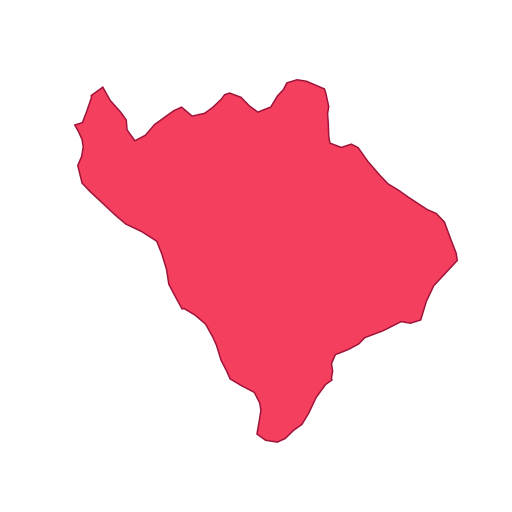 Sepho, Kangwŏn-do, North Korea, rotated 189°
{"feature_id": "82179303B30150640587931", "entity_name": "Sepho", "entity_type": "district", "adm_level": 2, "iso_a3": "PRK", "parent_name": "North Korea", "parent_adm1": "Kangwŏn-do", "projection": "robinson", "projection_center": [127.346, 38.698], "detail": "fine", "context": "isolated", "style": "filled", "palette": "rose", "viewbox_px": 512, "rotation_deg": 189, "n_neighbors": 0, "source": "geoboundaries", "source_scale": "gbopen_adm2", "svg_char_len": 1449}
<svg xmlns="http://www.w3.org/2000/svg" viewBox="0 0 512 512"><g transform="rotate(189 256 256)"><path d="M455.5,357.0L450.7,351.0L446.0,343.8L443.7,336.6L443.8,327.1L446.2,317.5L439.2,300.8L429.8,293.6L415.6,284.0L401.4,274.4L389.6,267.2L372.9,262.3L356.4,255.1L349.3,243.2L342.3,228.8L337.7,214.5L330.6,204.9L320.7,192.1L318.9,192.9L307.0,188.1L295.2,180.9L285.8,168.9L281.1,161.7L274.1,147.4L267.0,137.8L262.4,130.6L250.5,125.8L236.3,121.0L229.3,111.4L227.0,104.2L227.0,94.6L227.2,80.3L217.7,75.5L205.8,75.5L198.7,80.2L191.5,89.8L184.3,96.9L179.4,108.9L174.5,125.6L167.2,139.9L161.6,145.5L162.4,147.1L162.3,154.2L164.6,161.4L162.2,171.0L150.2,178.1L140.7,185.3L135.8,192.4L119.1,201.9L102.4,213.9L92.9,213.8L83.3,218.6L80.7,237.7L75.8,254.4L66.2,268.7L56.5,283.1L58.8,290.2L65.8,302.2L75.2,319.0L84.6,326.2L94.1,328.6L115.4,338.2L124.9,343.0L136.7,347.8L146.2,355.0L160.4,367.0L172.1,379.0L179.3,381.4L188.8,376.6L200.7,379.1L203.0,386.2L205.3,398.2L207.6,407.8L207.5,414.9L212.2,426.9L214.5,431.7L224.0,434.1L233.5,436.5L243.0,436.5L252.6,431.8L255.0,424.6L259.8,417.5L264.7,405.5L276.7,398.4L286.1,403.2L295.6,410.4L307.5,412.8L312.2,410.4L314.7,405.6L321.9,396.1L329.1,388.9L341.0,384.2L352.8,391.4L360.0,386.6L367.2,379.5L376.8,369.9L384.1,358.0L393.6,350.9L403.1,360.4L405.4,370.0L412.5,377.2L424.3,386.8L433.7,398.8L443.8,388.8L443.3,386.8L445.8,372.5L448.3,360.6L455.5,357.0Z" fill="#f43f5e" stroke="#9f1239" stroke-width="1.5"/></g></svg>